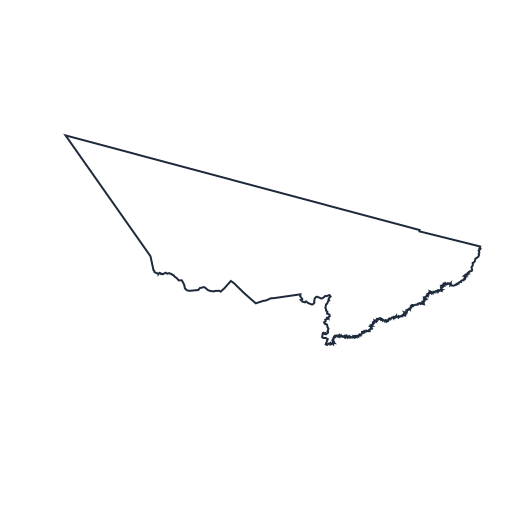 the district of Sikongo, Western, Zambia, rotated 105°
{"feature_id": "96606910B5408602862486", "entity_name": "Sikongo", "entity_type": "district", "adm_level": 2, "iso_a3": "ZMB", "parent_name": "Zambia", "parent_adm1": "Western", "projection": "robinson", "projection_center": [22.375, -15.32], "detail": "fine", "context": "isolated", "style": "outline", "palette": "slate", "viewbox_px": 512, "rotation_deg": 105, "n_neighbors": 0, "source": "geoboundaries", "source_scale": "gbopen_adm2", "svg_char_len": 5967}
<svg xmlns="http://www.w3.org/2000/svg" viewBox="0 0 512 512"><g transform="rotate(105 256 256)"><path d="M188.8,41.9L189.9,104.5L188.6,104.6L188.8,471.2L283.5,357.9L296.3,351.3L296.5,350.6L297.8,349.9L298.4,347.1L298.1,345.7L298.7,345.5L297.3,344.9L297.4,343.5L298.0,343.1L297.5,341.9L297.8,341.4L295.5,338.9L296.1,337.2L295.0,335.5L295.4,334.2L295.1,333.3L295.9,331.9L296.0,330.3L296.7,329.9L297.9,326.8L299.5,324.4L298.7,321.3L302.4,317.9L305.7,316.3L307.0,313.8L306.9,311.3L303.8,303.0L301.5,301.9L299.6,298.4L299.6,297.3L301.4,293.6L301.6,290.4L301.0,287.3L300.5,286.9L299.1,282.5L299.5,280.9L295.4,278.2L286.6,273.8L288.2,269.8L294.9,257.9L301.8,244.0L297.2,237.0L296.7,235.3L292.8,230.4L292.2,228.1L281.5,203.1L283.6,202.8L285.6,200.1L286.7,200.5L286.9,201.1L288.0,199.5L288.1,196.7L287.2,196.4L286.9,195.7L287.9,193.7L288.4,189.6L288.0,188.6L285.9,187.5L284.8,188.1L281.7,188.3L279.8,187.2L279.5,186.1L280.2,181.7L278.8,180.1L276.8,178.9L276.5,177.5L274.7,174.9L275.8,173.5L278.2,174.8L279.0,174.7L279.9,173.8L280.9,174.7L283.6,174.9L284.5,175.8L288.3,175.5L289.4,174.5L290.5,174.3L291.6,172.5L293.2,172.5L293.6,169.9L295.0,169.2L296.6,170.2L297.6,169.8L297.1,170.9L297.3,171.5L298.4,171.0L299.7,172.6L301.0,171.9L302.5,173.1L303.9,171.5L303.6,170.9L303.9,169.6L306.6,168.3L307.3,167.2L310.3,167.4L310.5,166.8L311.4,166.6L313.5,168.2L313.6,169.3L312.7,169.4L312.9,169.8L312.6,171.1L313.6,171.5L317.3,171.1L317.8,169.6L317.0,167.2L317.8,165.9L317.8,165.2L323.3,165.8L323.4,165.3L322.8,165.3L323.2,164.0L321.7,163.2L321.8,162.0L321.2,161.7L321.9,161.4L321.4,161.0L321.8,160.7L320.7,159.8L321.0,159.2L320.6,159.4L320.5,158.7L319.8,159.0L319.7,158.0L319.4,158.5L319.2,158.2L318.5,158.6L318.1,159.8L317.4,159.6L317.4,160.3L316.0,159.9L315.8,160.8L315.6,160.0L314.3,159.8L314.3,159.2L313.4,159.3L313.5,158.6L312.5,158.9L311.9,157.5L312.4,156.9L311.9,156.8L312.3,155.6L311.7,155.5L311.9,155.2L311.5,155.1L311.9,154.9L311.3,154.3L311.8,154.2L311.3,153.8L312.0,153.7L311.4,153.1L311.7,153.0L311.6,152.1L312.2,151.8L311.7,151.9L311.6,151.3L311.4,151.7L310.9,151.4L311.1,150.7L310.6,150.0L311.1,149.6L310.1,149.4L310.3,149.0L309.8,148.6L311.1,148.2L310.2,147.6L310.9,147.3L310.6,146.8L311.0,146.4L309.9,146.0L310.4,145.4L309.5,144.8L310.6,143.9L310.3,143.4L309.7,143.7L310.0,143.0L309.2,142.0L309.7,141.4L309.0,140.5L309.5,139.5L309.1,139.1L308.5,139.9L308.6,139.1L308.1,138.7L308.1,139.8L307.6,139.9L307.2,138.8L307.7,138.0L306.5,138.3L307.1,137.8L307.4,136.2L306.4,136.3L306.1,135.3L305.6,136.1L304.9,135.7L304.7,133.9L303.1,133.6L301.9,134.0L301.3,132.8L301.7,133.0L302.0,132.5L301.5,132.5L301.7,131.6L300.9,131.7L301.1,131.4L300.5,131.2L300.5,130.2L299.5,130.1L299.7,128.5L299.4,127.6L299.1,128.0L298.6,127.7L299.1,127.6L298.8,126.9L297.8,127.4L296.6,125.9L296.5,126.5L295.6,126.1L295.7,125.5L295.3,125.7L295.7,126.4L294.3,126.5L294.2,127.6L293.3,126.8L293.2,126.0L292.9,126.7L292.5,125.9L291.1,125.8L291.1,125.3L289.9,125.8L289.8,124.6L289.1,124.8L289.2,124.4L288.5,123.9L287.8,124.4L288.1,123.4L287.6,123.7L287.4,122.6L286.7,123.1L286.1,122.0L285.6,122.4L285.6,121.8L285.1,121.8L285.0,119.9L284.1,120.3L283.9,119.4L284.1,118.8L284.3,119.3L284.7,118.8L284.5,118.2L285.1,118.2L284.8,117.7L285.4,117.1L284.8,117.0L285.3,116.2L284.9,114.4L285.8,114.2L285.1,113.1L285.6,112.7L284.8,111.9L284.4,112.5L284.4,112.0L283.7,112.2L284.1,111.9L283.6,111.5L283.3,111.8L282.6,111.6L282.9,110.8L282.6,110.1L282.0,110.2L282.2,109.7L280.2,108.8L280.0,107.7L280.4,107.2L279.7,107.3L279.8,106.7L279.4,106.8L279.4,106.2L279.0,106.5L278.9,105.8L278.0,105.3L278.3,104.9L277.8,104.8L278.2,104.6L278.1,102.8L278.5,102.5L278.0,102.0L277.9,102.5L277.7,102.1L277.2,102.3L277.3,101.7L277.7,101.7L277.1,101.2L277.3,100.4L277.1,100.8L276.6,100.5L277.0,99.7L276.6,100.0L276.4,99.3L276.1,99.5L275.8,99.0L275.4,99.3L275.0,98.9L275.5,98.9L274.7,97.7L274.8,97.1L274.5,97.3L274.1,96.7L273.3,97.8L272.9,97.1L272.1,98.0L272.2,97.2L271.9,97.5L271.7,96.7L270.8,96.2L271.0,95.8L270.1,95.9L270.3,96.5L269.6,96.7L269.5,95.8L268.6,95.7L268.5,94.9L267.6,94.4L267.8,93.9L267.3,94.2L267.2,93.6L266.8,93.6L266.8,94.0L266.6,93.3L265.9,93.4L265.9,92.9L265.1,92.6L265.0,93.0L264.4,92.6L264.1,92.9L263.9,92.1L263.5,92.6L263.8,93.0L263.3,93.0L262.7,91.9L262.9,90.9L261.9,89.4L262.5,89.0L261.9,89.2L261.1,87.3L260.6,87.5L259.4,86.3L259.7,85.9L259.2,84.8L259.6,85.1L259.8,84.6L259.1,84.1L259.1,82.8L258.6,83.4L258.5,82.8L257.9,83.0L258.1,82.4L257.4,83.0L257.4,82.0L256.2,82.5L256.0,81.9L255.2,82.2L255.1,81.7L254.4,82.0L254.2,81.5L254.1,82.2L253.4,82.3L253.5,82.9L253.2,82.1L253.1,82.6L252.6,82.2L252.3,82.7L251.9,81.9L252.4,81.8L251.9,81.6L251.8,80.8L251.6,81.4L250.3,81.0L250.4,79.7L249.5,80.1L249.0,79.6L248.4,80.6L246.6,78.2L246.4,79.3L245.6,79.1L246.0,78.3L245.1,78.9L245.4,77.2L246.0,77.5L245.7,76.5L246.1,75.7L245.4,75.8L245.0,74.3L244.6,74.6L244.6,74.0L243.4,73.3L243.4,72.4L242.8,72.1L243.3,71.8L242.7,71.7L242.3,70.8L242.6,70.6L241.8,70.4L242.1,69.9L241.6,69.6L241.7,67.5L240.4,67.6L240.4,68.2L240.2,67.8L240.1,68.7L239.5,68.6L239.3,67.7L239.1,68.8L238.4,69.2L237.9,68.3L237.4,68.8L237.2,67.8L236.7,68.1L236.7,67.5L236.5,68.1L236.3,67.4L236.0,68.2L235.6,68.1L235.4,67.1L234.9,67.3L235.1,66.5L233.9,66.9L234.1,65.5L233.3,65.7L233.9,64.3L232.7,63.6L233.1,63.1L232.7,62.6L232.1,63.0L232.5,62.3L232.1,61.9L232.6,62.1L232.6,61.4L232.1,61.1L233.0,61.1L233.4,60.4L233.6,60.7L233.9,60.7L233.3,60.1L233.9,59.9L233.5,57.4L231.8,55.0L231.5,54.7L231.3,55.2L230.7,54.7L230.9,54.1L230.3,53.8L230.2,53.2L229.4,53.3L228.3,52.3L228.0,51.3L227.4,51.6L226.1,50.6L225.7,49.2L224.7,49.2L224.3,48.2L222.5,48.2L222.6,48.8L222.3,48.8L221.8,48.0L221.7,48.8L221.2,48.8L221.3,49.8L220.1,48.9L219.7,47.6L219.3,48.1L218.5,46.7L218.4,47.3L217.8,47.2L216.4,46.3L216.5,45.9L215.4,45.5L215.1,44.5L214.1,43.5L210.9,44.9L208.8,44.2L206.6,44.9L206.0,44.0L204.5,43.3L201.7,43.3L199.3,41.1L197.1,40.8L196.3,41.5L194.9,41.1L193.0,42.4L191.8,41.4L191.1,42.0L190.6,41.2L189.7,42.0L188.8,41.9Z" fill="none" stroke="#1e293b" stroke-width="2"/></g></svg>